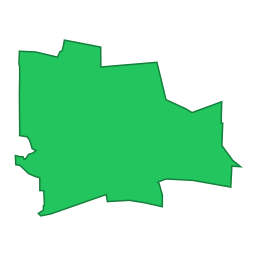 the district of Ciuperceni, Teleorman, Romania
{"feature_id": "2599482B84154453637694", "entity_name": "Ciuperceni", "entity_type": "district", "adm_level": 2, "iso_a3": "ROU", "parent_name": "Romania", "parent_adm1": "Teleorman", "projection": "orthographic", "projection_center": [24.946, 43.75], "detail": "fine", "context": "isolated", "style": "filled", "palette": "green", "viewbox_px": 256, "rotation_deg": 0, "n_neighbors": 0, "source": "geoboundaries", "source_scale": "gbopen_adm2", "svg_char_len": 985}
<svg xmlns="http://www.w3.org/2000/svg" viewBox="0 0 256 256"><path d="M100.7,47.1L64.4,40.1L63.5,45.4L62.0,51.1L60.0,51.6L57.5,57.2L35.8,52.0L19.4,51.2L18.9,64.2L19.6,65.6L19.7,75.6L19.4,93.6L19.5,110.4L19.7,129.7L19.6,135.6L27.3,136.8L29.7,140.5L31.5,146.3L32.1,148.6L36.1,150.5L32.7,153.1L28.7,154.3L27.3,156.3L25.9,158.3L24.3,159.5L22.9,156.6L20.1,156.7L15.4,155.6L15.8,164.8L20.0,165.4L28.6,173.6L34.7,176.3L39.8,177.8L39.8,184.2L39.8,190.6L43.8,190.7L44.0,194.9L44.4,205.1L43.4,205.7L43.3,210.2L38.3,213.4L39.6,214.7L40.9,215.9L51.2,213.8L106.2,194.5L107.4,201.6L108.9,201.5L129.4,200.3L144.9,202.8L162.3,206.7L162.4,195.2L159.1,183.6L157.8,182.1L164.1,179.6L166.8,179.0L193.1,180.4L199.0,181.5L208.3,183.1L230.8,187.1L231.8,166.2L240.6,166.7L232.6,160.3L229.5,155.9L222.9,147.0L221.9,145.4L222.7,123.1L221.2,123.0L221.4,112.4L221.7,101.7L198.6,110.2L192.1,112.6L185.7,108.8L166.0,99.7L156.9,62.3L100.9,67.0L100.7,47.1Z" fill="#22c55e" stroke="#15803d" stroke-width="1.5"/></svg>